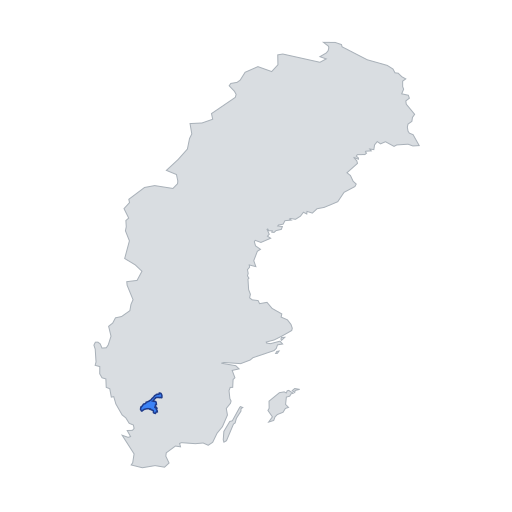 location of Gislaved, Jönköping, Sweden, rotated 3°
{"feature_id": "70781695B29714549657152", "entity_name": "Gislaved", "entity_type": "district", "adm_level": 2, "iso_a3": "SWE", "parent_name": "Sweden", "parent_adm1": "Jönköping", "projection": "natural_earth1", "projection_center": [13.556, 57.316], "detail": "fine", "context": "in_parent", "style": "filled", "palette": "blue", "viewbox_px": 512, "rotation_deg": 3, "n_neighbors": 0, "source": "geoboundaries", "source_scale": "gbopen_adm2", "svg_char_len": 5428}
<svg xmlns="http://www.w3.org/2000/svg" viewBox="0 0 512 512"><g transform="rotate(3 256 256)"><path d="M105.0,351.9L107.0,356.0L111.3,355.5L113.1,352.5L115.4,343.7L112.5,333.9L116.4,330.5L118.9,325.1L124.9,323.5L132.9,317.2L133.7,310.8L135.5,306.1L128.8,291.9L128.3,288.4L138.5,286.6L142.9,277.2L135.9,271.2L125.0,265.4L128.8,247.5L124.3,237.7L124.9,233.6L124.2,227.4L126.9,224.8L121.7,215.6L126.9,209.3L126.0,206.0L141.1,193.4L151.1,191.0L169.5,192.9L173.9,187.9L174.0,185.2L172.3,178.8L162.0,175.2L173.1,163.8L181.9,152.8L183.5,142.1L185.5,137.5L183.2,127.2L195.1,126.0L205.6,121.7L204.1,116.1L227.0,98.7L227.7,95.7L225.9,92.7L220.3,87.4L221.8,85.0L228.0,83.6L231.0,81.2L235.5,73.1L248.0,66.8L262.0,71.0L267.9,63.9L267.2,54.0L272.2,52.9L309.7,59.2L315.8,55.5L309.4,53.6L315.5,49.6L317.3,47.2L317.8,44.3L317.5,42.8L312.2,39.1L323.9,38.6L330.3,40.4L331.0,42.6L356.8,54.2L377.1,58.8L383.0,62.1L385.2,65.8L388.4,66.0L392.3,69.4L396.3,71.3L393.3,73.7L393.6,79.2L394.7,81.7L393.0,86.4L399.7,87.5L400.9,90.4L397.5,93.3L398.1,96.5L407.0,106.2L405.0,109.4L404.6,113.4L400.9,116.3L400.4,119.4L401.3,123.4L402.7,125.3L406.5,126.6L413.2,137.2L406.9,137.9L402.0,136.4L390.8,137.7L388.1,139.3L379.3,135.1L374.5,137.5L371.1,135.4L368.6,138.8L368.1,143.6L364.0,143.2L365.6,145.0L360.2,145.6L359.8,146.3L361.0,147.5L359.4,149.0L351.9,149.5L350.9,151.0L353.2,152.8L353.2,154.0L348.3,152.3L351.7,155.7L352.5,158.2L342.5,168.1L346.1,170.7L349.1,176.3L352.3,178.9L351.1,181.5L340.6,187.8L334.8,197.5L321.5,203.9L314.5,205.6L310.0,210.2L304.6,208.8L304.5,211.4L301.1,209.8L298.3,213.9L293.5,217.3L288.2,216.7L287.6,217.3L289.3,218.3L283.1,219.2L281.4,222.8L276.9,223.8L276.1,224.9L280.8,225.2L279.9,228.1L274.7,229.6L272.8,231.5L270.5,231.4L270.9,230.0L267.4,230.1L266.3,228.4L265.6,228.8L268.1,233.6L266.4,235.6L269.7,237.5L260.2,242.2L254.4,240.4L253.6,241.8L255.0,245.9L260.1,249.1L257.1,251.2L254.0,260.8L256.4,266.6L249.7,265.3L250.2,267.5L248.2,270.1L249.1,273.8L248.5,276.3L250.1,278.5L249.2,279.6L250.4,290.0L252.4,294.5L251.8,298.1L254.5,300.0L260.4,300.4L262.1,303.4L269.4,301.7L274.8,307.5L284.8,312.5L284.3,315.7L290.7,318.1L294.5,322.5L296.0,326.2L295.6,328.5L285.9,334.7L278.5,338.9L270.7,341.4L271.1,342.4L275.0,342.8L284.4,339.8L287.2,342.5L282.1,343.6L281.1,347.2L279.0,349.5L258.3,357.7L255.6,360.2L246.3,364.3L229.5,364.0L227.0,364.9L241.5,366.6L245.0,369.6L238.2,371.5L241.3,378.7L239.6,380.5L239.6,388.4L237.1,388.6L236.1,391.9L237.4,399.9L238.7,402.1L238.2,404.4L234.3,409.8L235.8,416.3L231.4,428.2L226.4,435.0L222.5,444.3L218.2,447.5L213.0,445.5L205.3,446.6L191.3,446.3L189.5,447.2L190.6,450.5L185.5,450.0L176.7,457.2L176.4,460.6L180.0,467.3L175.7,471.7L166.2,470.6L153.6,473.4L142.3,471.2L143.7,468.9L144.6,460.0L131.7,442.0L137.8,443.8L140.2,442.9L136.5,437.0L141.7,436.6L143.3,434.6L142.4,431.2L138.1,429.7L134.4,424.4L130.6,421.7L123.8,411.1L121.3,403.9L118.9,404.5L116.9,396.2L113.3,395.0L112.5,386.6L108.6,385.7L106.1,381.8L105.8,374.6L101.1,373.6L101.8,370.2L100.3,357.4L98.8,353.5L100.1,350.5L102.6,350.3L105.0,351.9ZM300.3,391.1L298.2,391.9L297.0,394.2L293.7,395.3L293.3,402.7L296.4,405.5L293.3,406.7L291.2,410.6L285.6,413.2L283.4,415.7L282.3,419.3L277.3,421.2L280.8,415.8L276.0,409.6L277.1,407.4L276.6,400.3L286.5,391.3L291.2,390.2L293.4,391.2L294.2,389.0L295.7,388.5L300.3,391.1ZM236.2,442.0L233.7,443.6L232.9,441.3L233.1,432.8L238.5,422.6L241.0,421.8L247.6,408.1L248.3,407.2L250.7,408.0L249.0,409.3L249.1,411.7L244.9,419.1L243.9,423.8L242.3,425.0L236.2,442.0ZM302.2,388.2L301.8,390.3L299.2,388.6L301.6,386.3L306.6,386.9L302.2,388.2ZM289.0,335.7L285.9,338.9L285.2,337.6L285.8,336.0L289.0,335.7ZM282.4,352.1L280.7,352.3L281.8,350.2L284.0,349.7L282.4,352.1Z" fill="#d9dde1" stroke="#a8b0b8" stroke-width="1"/><path d="M163.6,418.5L164.2,417.8L164.4,417.3L164.6,416.9L165.3,416.8L165.6,416.8L165.5,415.9L164.9,414.9L164.5,414.3L165.0,413.7L165.1,413.2L164.8,412.8L164.5,412.5L164.2,413.0L163.8,413.0L162.9,412.5L163.0,411.9L163.5,411.3L163.4,410.8L163.4,409.9L164.1,409.5L164.3,409.5L164.2,409.1L164.2,408.6L164.0,407.9L163.9,407.3L163.4,406.6L162.5,406.5L161.4,406.5L160.6,406.3L161.3,405.9L161.3,405.5L161.7,405.0L161.9,404.3L162.4,403.9L163.0,403.4L163.3,402.7L163.7,402.5L164.4,402.6L165.3,402.3L166.1,402.3L166.7,402.6L167.6,402.2L168.4,402.5L169.1,402.5L169.4,402.3L169.4,400.9L169.3,400.0L169.0,399.4L168.8,399.1L168.5,398.7L168.4,398.3L167.9,398.2L167.5,397.9L166.6,397.9L166.5,398.4L166.5,398.9L166.1,399.2L165.5,399.2L165.1,399.1L164.5,399.4L164.0,399.4L164.0,399.5L163.3,400.0L162.0,400.8L161.5,401.8L160.6,402.8L160.1,403.3L159.4,404.0L159.1,404.6L158.7,405.0L158.4,405.4L157.9,405.7L157.3,406.0L156.9,406.5L156.1,406.8L155.6,407.2L154.7,407.5L154.0,407.7L153.9,408.1L153.9,408.3L153.5,408.8L153.1,409.2L152.5,409.5L151.8,409.6L151.4,409.8L151.2,410.2L151.0,410.6L150.6,411.0L150.4,411.4L150.2,411.8L149.9,412.2L149.5,412.4L149.1,412.7L149.0,412.8L149.2,413.1L148.9,413.3L148.8,413.7L148.8,414.1L148.8,414.6L148.7,414.8L148.8,415.5L149.4,416.1L149.6,416.6L149.8,416.8L150.3,416.8L150.7,416.4L150.9,416.1L151.4,415.8L151.8,415.6L152.3,415.0L153.1,414.8L154.1,414.5L154.7,414.3L155.3,414.2L156.6,414.1L157.3,414.1L157.7,414.3L157.9,414.6L158.4,414.4L158.7,414.3L158.9,414.5L159.1,414.9L159.6,415.2L160.1,415.2L160.6,415.4L161.2,415.6L161.5,415.8L161.7,416.3L161.7,416.7L161.7,417.5L161.9,417.9L162.4,418.1L162.8,418.3L163.3,418.3L163.6,418.5Z" fill="#3b82f6" stroke="#1e3a8a" stroke-width="1.5"/></g></svg>